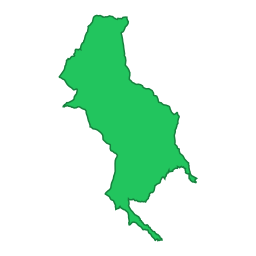 Suratá, Santander, Colombia
{"feature_id": "7082276B18867308996303", "entity_name": "Suratá", "entity_type": "district", "adm_level": 2, "iso_a3": "COL", "parent_name": "Colombia", "parent_adm1": "Santander", "projection": "natural_earth1", "projection_center": [-72.981, 7.457], "detail": "fine", "context": "isolated", "style": "filled", "palette": "green", "viewbox_px": 256, "rotation_deg": 0, "n_neighbors": 0, "source": "geoboundaries", "source_scale": "gbopen_adm2", "svg_char_len": 5848}
<svg xmlns="http://www.w3.org/2000/svg" viewBox="0 0 256 256"><path d="M195.2,182.5L195.8,182.6L196.1,182.1L195.9,181.7L195.1,181.1L195.0,180.2L195.4,179.1L196.3,178.8L196.7,178.4L191.4,175.5L190.3,173.6L190.1,172.8L190.0,171.9L189.5,170.6L188.9,167.5L188.9,165.5L188.4,164.3L188.6,163.1L188.5,162.8L187.7,162.4L184.6,159.1L183.4,156.7L182.6,155.5L180.0,153.5L179.3,151.3L179.1,150.2L179.2,149.2L179.0,148.9L177.6,148.4L177.3,147.7L177.0,146.3L174.9,144.2L174.8,143.7L175.0,142.7L175.0,140.8L174.3,135.8L174.4,134.8L175.1,132.6L175.3,131.1L175.1,130.4L175.3,129.7L176.0,128.6L176.8,126.0L176.9,125.0L177.2,124.3L177.9,123.5L177.8,121.0L178.7,117.9L179.1,117.1L179.1,116.4L178.9,116.0L177.6,114.5L177.4,112.8L177.0,112.5L175.3,113.9L173.9,114.5L171.6,112.3L170.2,109.2L169.7,107.3L169.3,106.6L168.8,106.2L166.1,105.2L163.6,104.8L162.5,104.1L161.2,102.8L158.8,102.3L158.2,100.7L158.0,99.2L156.8,96.3L155.8,95.8L154.5,95.6L153.8,95.3L153.6,94.9L153.5,93.1L152.1,90.6L148.9,88.7L146.0,88.8L143.8,87.8L143.1,87.3L142.5,85.9L140.6,84.7L138.4,84.2L136.8,84.4L135.5,84.2L134.5,83.4L132.5,82.5L131.9,82.0L130.9,80.7L129.5,79.6L129.3,79.2L129.4,77.1L129.8,75.5L129.8,72.4L129.4,71.8L129.1,70.7L128.5,69.3L126.8,66.8L125.6,65.6L125.3,65.2L125.8,60.4L125.4,57.4L124.3,55.5L124.6,53.9L123.7,47.8L123.5,45.3L122.7,41.3L122.5,39.1L121.9,36.0L121.1,33.0L121.6,32.4L122.7,32.0L123.6,31.0L124.6,28.9L125.3,26.9L126.8,25.5L128.0,23.6L128.3,21.7L127.5,20.3L126.9,18.6L126.9,17.2L125.5,17.1L123.0,17.4L121.7,18.8L120.5,18.5L118.9,18.6L118.0,18.3L117.3,19.4L116.1,19.1L115.1,18.4L114.6,18.4L112.6,16.6L111.2,16.4L109.5,15.9L107.6,16.8L106.5,16.9L105.7,16.8L104.4,17.2L103.7,17.2L103.2,17.1L102.7,16.5L102.4,16.5L102.4,16.8L102.2,16.7L100.6,15.6L99.6,15.6L98.5,15.9L96.8,15.4L95.1,16.0L94.2,16.7L93.8,17.1L93.4,17.9L92.5,21.8L92.1,22.5L91.0,23.6L90.6,24.6L90.0,24.9L89.6,25.4L88.8,25.8L88.1,26.7L88.3,26.9L88.2,28.4L87.7,30.6L87.7,31.6L86.6,32.9L85.3,35.9L84.4,39.8L83.8,40.9L83.5,42.4L82.6,42.9L82.2,43.3L81.2,45.2L80.5,48.3L80.5,49.1L80.7,49.6L79.3,49.1L78.2,49.9L77.6,49.5L75.9,49.3L75.2,50.2L75.3,51.6L74.9,53.1L74.2,53.9L73.9,54.1L73.9,54.4L74.6,55.6L74.5,55.9L74.2,56.2L72.0,56.4L70.9,57.3L69.9,58.8L68.9,59.3L68.6,58.7L68.1,58.6L67.6,59.8L66.7,60.1L66.5,60.5L66.5,62.1L66.0,63.4L66.0,64.4L65.7,65.1L65.0,66.1L64.8,67.8L64.3,69.6L63.4,71.1L59.3,76.9L59.7,77.4L61.1,77.8L62.6,79.0L64.5,79.8L67.0,84.0L67.9,85.1L69.3,86.4L71.5,87.8L73.6,89.8L74.7,89.7L76.0,89.1L76.6,89.1L77.1,89.3L77.2,90.2L77.0,91.7L76.4,93.9L76.1,94.5L75.4,95.0L75.4,95.4L74.6,96.2L74.3,96.9L74.0,99.0L73.8,99.5L72.0,100.8L68.5,102.6L66.7,102.7L65.8,104.0L64.4,104.8L64.4,105.0L64.6,105.3L64.4,105.7L63.6,105.8L63.3,106.1L63.2,106.7L64.4,106.8L65.3,106.0L66.9,105.9L67.7,105.5L68.6,106.2L70.7,106.5L71.7,107.2L72.7,107.3L74.2,108.0L76.5,107.7L77.8,106.8L79.4,106.8L82.3,108.6L83.5,109.1L85.1,109.5L85.4,110.1L86.2,111.0L86.2,112.6L86.6,114.3L87.3,115.9L88.5,120.9L89.1,122.1L90.1,125.2L90.1,126.9L91.1,127.1L93.0,128.8L95.3,129.1L97.5,130.0L100.7,132.5L102.5,134.7L102.9,136.1L103.0,138.3L103.1,139.5L103.4,139.9L106.7,143.1L110.0,144.5L110.3,144.8L110.3,147.5L110.2,148.7L110.8,150.4L111.4,150.9L112.6,151.2L114.5,152.9L115.8,153.3L117.4,155.1L117.2,155.5L117.1,156.5L116.6,157.6L116.0,158.4L115.3,160.4L115.1,163.6L115.2,171.5L114.5,174.2L113.8,176.1L113.3,179.0L111.7,182.9L111.3,184.4L110.9,187.3L110.7,188.2L109.5,189.8L108.4,190.5L106.3,192.4L105.4,193.5L105.3,194.0L109.1,196.4L109.9,197.4L110.3,198.6L111.2,199.7L113.2,200.5L113.6,200.9L114.7,203.6L115.5,205.1L115.4,206.7L115.7,208.0L115.8,209.4L117.2,208.7L118.9,208.3L119.4,207.0L120.0,206.4L120.6,207.6L123.5,209.5L124.9,209.9L127.6,212.2L128.0,212.9L128.6,215.2L128.6,217.4L129.3,221.3L128.8,222.8L129.1,224.8L129.5,224.9L130.0,224.7L131.8,222.8L132.4,222.3L133.2,222.1L134.3,222.2L135.8,222.7L136.5,223.2L138.5,225.4L141.2,227.1L141.5,227.7L142.0,228.1L142.5,229.0L143.1,229.7L145.2,229.4L146.0,229.9L147.4,229.9L147.9,230.1L148.6,232.3L149.1,233.1L150.9,234.2L151.1,234.9L152.0,236.5L154.3,238.7L154.7,239.3L155.0,240.1L155.4,240.3L155.7,239.8L156.4,239.5L156.6,239.2L157.1,239.3L157.4,239.1L157.9,239.3L157.8,240.2L157.9,240.6L158.7,240.3L159.6,240.4L160.1,240.0L162.0,240.0L161.8,238.9L161.0,238.2L160.2,238.0L159.7,236.3L158.7,235.6L158.1,234.8L157.7,234.5L156.8,234.5L156.5,234.0L155.6,233.5L154.5,231.7L152.6,231.3L151.6,229.9L150.6,229.1L150.1,228.1L150.0,227.5L148.8,227.1L148.2,225.7L147.3,224.9L146.7,224.9L146.4,225.4L144.1,224.7L142.5,222.3L141.9,222.1L141.3,220.8L140.2,220.3L140.2,219.2L139.7,218.3L139.2,218.0L139.1,217.4L138.6,217.0L138.5,216.6L137.7,216.4L136.6,215.5L135.0,214.8L133.6,213.2L132.7,211.9L130.9,210.1L129.8,208.3L128.7,206.2L128.6,205.1L129.0,204.1L129.0,203.7L128.9,202.0L128.4,200.0L128.5,198.8L129.2,199.6L130.1,199.7L132.3,199.7L132.9,199.2L133.7,199.2L134.7,200.5L135.7,200.6L136.7,200.4L138.1,201.5L139.3,201.5L140.2,201.8L140.9,201.8L141.6,201.4L143.6,201.8L144.8,201.5L145.4,202.0L145.6,202.0L146.5,200.2L148.3,198.5L148.6,196.5L149.1,196.2L149.5,195.4L149.5,194.9L149.3,194.4L149.6,193.7L151.0,192.5L152.5,192.5L152.9,192.2L153.8,191.0L154.2,189.9L155.0,185.6L155.5,185.5L156.8,184.2L159.7,182.9L160.3,181.9L160.6,180.2L162.2,177.4L162.7,177.1L163.6,177.2L164.8,178.8L165.0,177.3L165.4,176.9L166.2,175.8L166.2,174.6L166.8,174.1L167.1,173.1L168.2,172.9L168.4,171.5L168.9,170.3L169.1,171.8L169.3,171.9L170.1,171.6L171.2,171.5L171.6,171.2L172.6,171.3L172.8,171.0L173.0,169.9L175.1,168.4L175.9,168.2L177.4,168.3L177.8,167.2L177.6,166.5L178.6,166.9L179.7,167.7L180.6,166.8L181.3,166.4L182.1,167.2L182.6,167.2L183.4,166.9L184.2,168.2L185.5,168.5L185.1,169.7L185.7,171.5L185.5,172.4L185.8,172.9L186.6,173.4L188.0,173.9L188.9,173.7L189.1,174.7L189.1,178.1L189.2,178.7L190.0,179.0L190.4,180.2L192.1,181.6L192.8,182.0L194.1,182.0L195.2,182.5Z" fill="#22c55e" stroke="#15803d" stroke-width="1.5"/></svg>